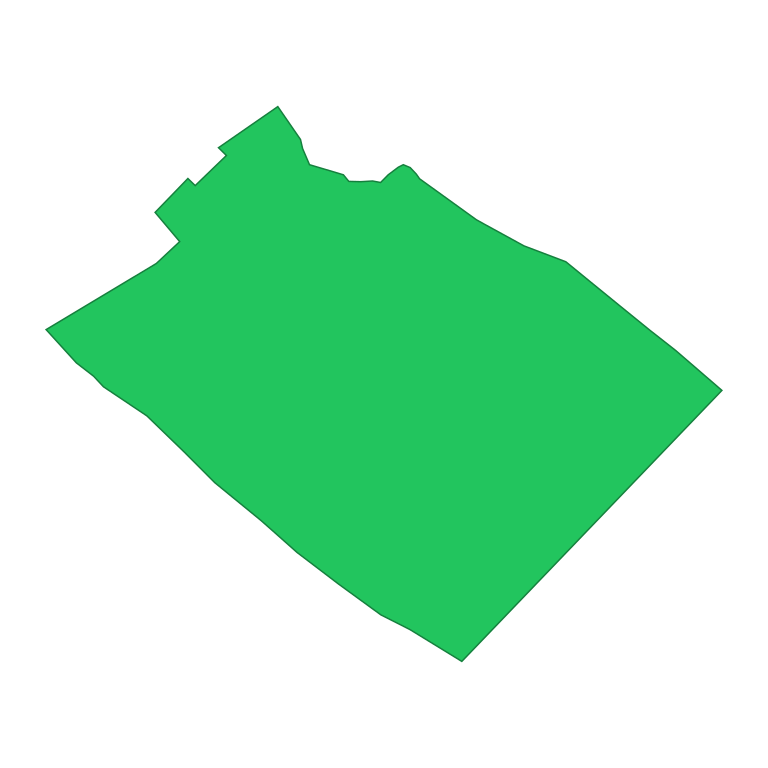 the district of Teava, Tuvalu
{"feature_id": "33948139B9471758072571", "entity_name": "Teava", "entity_type": "district", "adm_level": 2, "iso_a3": "TUV", "parent_name": "Tuvalu", "parent_adm1": "", "projection": "mercator", "projection_center": [177.337, -6.111], "detail": "fine", "context": "isolated", "style": "filled", "palette": "green", "viewbox_px": 768, "rotation_deg": 0, "n_neighbors": 0, "source": "geoboundaries", "source_scale": "gbopen_adm2", "svg_char_len": 680}
<svg xmlns="http://www.w3.org/2000/svg" viewBox="0 0 768 768"><path d="M46.1,329.6L76.4,362.9L93.6,376.2L103.5,386.8L146.9,415.9L184.4,452.2L214.8,482.7L261.0,520.5L278.3,535.8L297.1,552.5L339.0,584.4L380.9,614.9L409.8,629.5L461.8,661.4L721.9,390.4L675.7,350.5L649.7,330.1L619.3,305.4L589.0,280.7L565.9,261.8L524.0,245.9L484.2,224.1L476.3,219.7L419.6,178.8L416.3,174.1L410.2,167.6L403.3,164.7L398.3,167.2L388.2,174.8L380.6,182.5L372.6,181.0L360.7,181.7L348.8,181.4L343.4,174.8L309.5,164.7L302.6,148.6L300.5,139.5L277.8,106.6L218.5,147.7L226.4,155.5L195.2,185.6L187.9,178.5L155.1,212.4L179.7,241.6L156.3,263.5L46.1,329.6Z" fill="#22c55e" stroke="#15803d" stroke-width="1.5"/></svg>